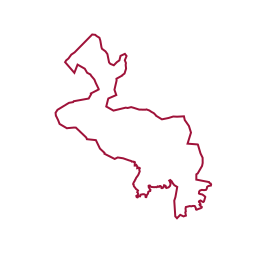 outline of Ogoja, Cross River, Nigeria, rotated 256°
{"feature_id": "59680162B30816727026324", "entity_name": "Ogoja", "entity_type": "district", "adm_level": 2, "iso_a3": "NGA", "parent_name": "Nigeria", "parent_adm1": "Cross River", "projection": "natural_earth1", "projection_center": [8.633, 6.522], "detail": "fine", "context": "isolated", "style": "outline", "palette": "rose", "viewbox_px": 256, "rotation_deg": 256, "n_neighbors": 0, "source": "geoboundaries", "source_scale": "gbopen_adm2", "svg_char_len": 3369}
<svg xmlns="http://www.w3.org/2000/svg" viewBox="0 0 256 256"><g transform="rotate(256 128 128)"><path d="M125.8,185.1L127.1,178.3L128.2,174.7L127.9,169.7L128.2,163.0L133.2,158.1L133.8,158.0L136.2,156.6L137.9,154.7L139.8,153.0L141.3,150.8L141.6,150.3L141.5,149.7L143.1,143.4L146.2,138.4L147.5,136.1L147.5,132.5L148.3,130.7L148.4,118.1L154.1,112.1L160.5,115.5L161.4,116.1L162.8,124.6L168.4,124.1L176.8,128.4L178.6,128.7L180.3,135.1L180.6,135.2L181.7,137.8L186.1,140.5L189.8,141.0L191.5,141.7L194.5,141.3L198.2,144.0L200.7,142.9L199.8,138.2L195.7,136.0L194.6,133.1L192.3,129.4L194.5,126.4L196.2,125.5L204.7,125.9L207.8,124.7L211.2,121.9L212.9,121.8L219.5,122.3L222.5,122.1L224.5,120.1L224.9,119.7L226.3,118.8L227.4,115.9L214.3,94.5L212.9,90.7L209.8,87.0L208.6,84.4L207.1,82.9L194.5,89.3L201.7,94.4L196.0,100.4L191.5,101.7L189.0,104.5L187.6,104.9L185.6,105.9L183.1,107.1L179.6,107.6L172.8,109.0L172.5,108.9L170.5,100.3L169.7,100.4L167.4,98.2L166.1,97.0L167.1,81.8L166.4,81.0L166.7,76.8L162.7,64.0L160.3,61.4L157.3,61.0L157.2,61.1L152.5,62.1L148.5,62.6L142.5,68.7L142.5,69.3L141.5,75.7L141.0,77.5L128.8,85.2L127.1,85.4L124.0,93.9L114.8,95.8L109.5,99.2L108.7,98.9L101.2,107.6L101.9,110.9L99.8,115.9L96.2,121.4L95.3,123.0L94.4,123.6L94.3,124.7L93.9,125.1L93.5,125.5L93.5,126.2L93.0,126.4L92.6,126.2L90.3,125.5L89.9,125.4L89.8,125.8L90.0,126.2L90.3,126.5L90.3,127.1L89.8,127.2L89.6,127.1L89.1,127.2L88.7,127.7L88.0,127.8L87.1,127.3L86.8,127.2L86.8,129.0L86.5,129.6L86.0,129.7L85.2,129.0L84.6,128.8L83.1,128.9L80.2,126.8L79.0,125.5L77.8,124.0L76.9,123.2L76.2,122.8L76.0,122.4L75.4,121.9L74.9,121.6L74.5,121.1L73.8,120.4L73.1,119.9L72.4,119.4L71.6,119.8L70.6,119.6L69.9,119.7L68.5,120.4L66.9,121.0L66.4,121.5L64.9,122.6L63.5,121.4L62.9,121.8L61.5,121.9L60.4,120.8L60.0,119.6L58.9,119.7L58.4,120.2L58.4,120.7L59.2,121.4L59.4,121.8L59.1,122.2L58.8,123.2L59.3,123.5L60.2,124.0L60.2,125.9L59.9,127.5L59.1,128.4L58.3,129.0L57.8,128.6L57.3,128.4L56.7,128.4L56.5,128.9L56.7,129.2L57.3,129.4L58.4,130.1L59.3,131.3L59.7,131.6L61.2,132.3L61.5,133.4L61.5,134.3L62.6,134.8L63.1,134.5L64.2,134.2L65.5,133.8L66.3,133.9L66.9,134.0L67.1,134.5L66.9,135.3L65.7,135.8L65.1,136.5L64.2,139.2L64.1,140.2L63.6,141.5L63.7,142.0L64.2,142.5L64.2,142.9L63.6,143.3L63.4,144.2L64.0,144.9L63.9,145.3L63.4,145.6L63.0,146.2L62.4,146.3L61.9,146.0L61.6,146.0L61.4,146.5L61.7,147.8L62.3,148.5L63.7,149.1L63.5,149.7L62.4,150.6L61.0,150.4L60.5,150.8L60.6,153.0L61.7,154.8L63.6,155.8L65.9,155.6L67.0,155.3L67.3,156.4L65.7,157.5L63.5,158.1L61.3,159.1L58.9,161.5L49.5,157.3L46.3,155.3L30.8,152.5L28.6,153.7L31.1,157.7L30.1,158.9L28.8,160.5L29.0,163.0L30.9,163.1L32.4,163.2L33.0,163.9L35.8,164.3L37.3,165.0L37.3,165.6L37.3,169.1L36.7,170.4L36.7,172.1L36.2,173.8L34.3,174.4L32.5,174.3L32.1,174.9L32.4,176.5L32.6,179.2L33.0,180.3L33.6,180.5L35.4,179.1L36.1,178.9L36.2,179.4L36.5,179.9L38.4,179.5L39.0,179.0L39.4,179.0L40.0,179.7L40.1,180.9L38.3,182.5L38.0,183.3L38.5,184.0L42.4,186.3L43.1,186.0L45.0,184.5L45.6,183.9L46.2,182.6L47.0,181.2L47.3,181.0L49.2,181.7L49.9,182.7L50.1,184.6L49.3,186.8L49.1,188.7L50.0,189.7L51.8,190.6L52.3,192.1L52.1,194.5L53.1,195.0L54.1,194.8L54.6,194.1L55.0,193.8L55.9,193.6L61.4,181.8L66.5,183.1L67.1,184.7L73.3,190.7L76.0,192.0L81.1,193.2L85.8,192.2L95.0,191.8L95.3,191.3L98.4,182.0L108.3,188.0L115.2,187.6L122.0,185.0L125.8,185.1Z" fill="none" stroke="#9f1239" stroke-width="2"/></g></svg>